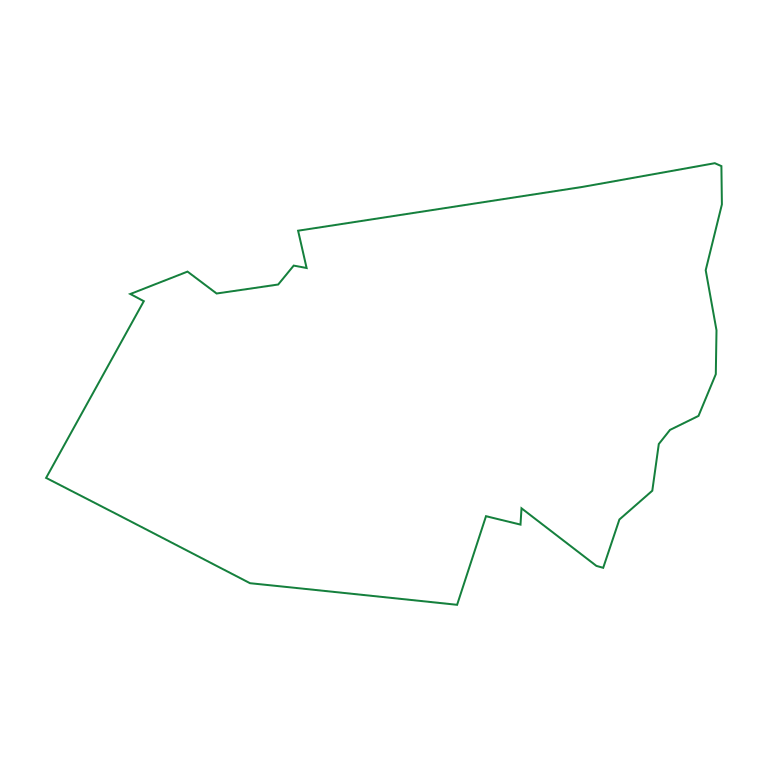 Greene, New York, United States of America
{"feature_id": "52423323B74278338404385", "entity_name": "Greene", "entity_type": "district", "adm_level": 2, "iso_a3": "USA", "parent_name": "United States of America", "parent_adm1": "New York", "projection": "orthographic", "projection_center": [-74.073, 42.28], "detail": "fine", "context": "isolated", "style": "outline", "palette": "green", "viewbox_px": 768, "rotation_deg": 0, "n_neighbors": 0, "source": "geoboundaries", "source_scale": "gbopen_adm2", "svg_char_len": 498}
<svg xmlns="http://www.w3.org/2000/svg" viewBox="0 0 768 768"><path d="M298.1,230.7L306.6,268.0L293.7,265.6L278.2,284.5L216.6,293.5L187.5,271.6L130.3,294.0L143.8,301.2L46.1,477.9L122.0,516.9L250.0,583.2L282.0,586.5L457.1,604.8L486.0,516.2L520.5,524.6L521.5,508.3L596.4,565.9L603.2,567.8L619.4,519.5L652.3,490.7L658.8,444.0L670.0,429.9L698.5,415.9L715.8,374.2L716.5,330.3L705.7,270.2L721.9,204.4L721.4,166.1L714.8,163.2L582.5,186.9L298.1,230.7Z" fill="none" stroke="#15803d" stroke-width="2"/></svg>